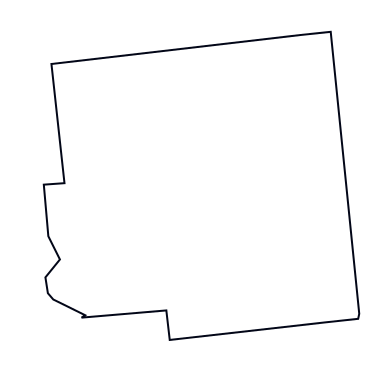 Richland, Illinois, United States of America, rotated 354°
{"feature_id": "52423323B13866918129633", "entity_name": "Richland", "entity_type": "district", "adm_level": 2, "iso_a3": "USA", "parent_name": "United States of America", "parent_adm1": "Illinois", "projection": "albers", "projection_center": [-88.143, 38.71], "detail": "fine", "context": "isolated", "style": "outline", "palette": "ink", "viewbox_px": 384, "rotation_deg": 354, "n_neighbors": 0, "source": "geoboundaries", "source_scale": "gbopen_adm2", "svg_char_len": 368}
<svg xmlns="http://www.w3.org/2000/svg" viewBox="0 0 384 384"><g transform="rotate(354 192 192)"><path d="M346.7,47.2L316.3,47.2L65.6,50.0L66.1,169.9L45.4,169.2L44.5,221.0L53.6,245.3L37.3,261.6L38.1,277.6L42.8,284.4L72.9,303.4L69.0,305.4L154.1,307.1L154.4,336.8L310.5,335.6L344.0,335.5L345.6,330.6L346.7,47.2Z" fill="none" stroke="#020617" stroke-width="2"/></g></svg>